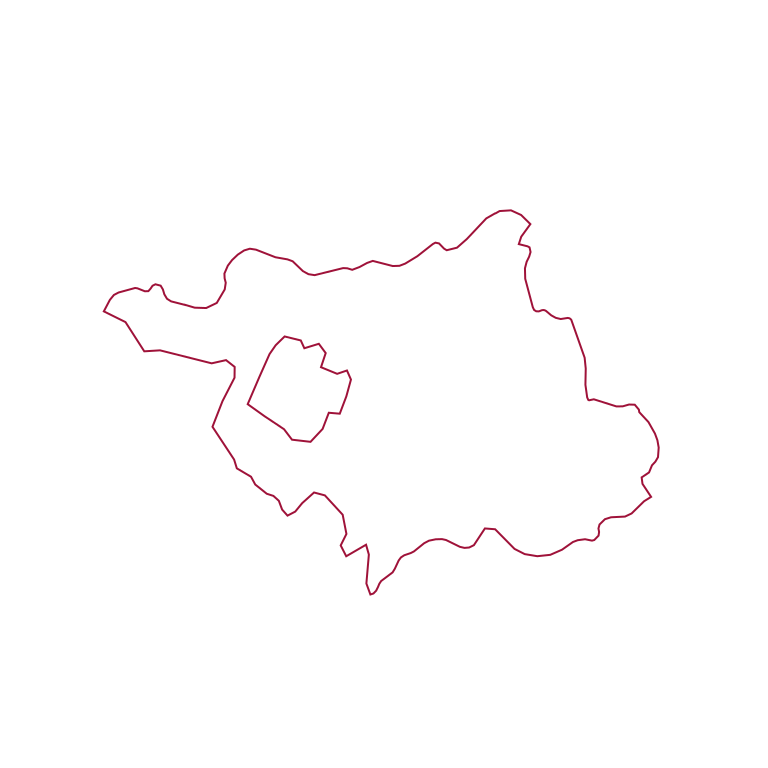 the County of Szabolcs-Szatmár-Bereg, rotated 18°
{"feature_id": "HUN-3169", "entity_name": "Szabolcs-Szatmár-Bereg", "entity_type": "County", "adm_level": 1, "iso_a3": "HUN", "parent_name": "Hungary", "parent_adm1": "", "projection": "albers", "projection_center": [22.06, 48.0], "detail": "fine", "context": "isolated", "style": "outline", "palette": "rose", "viewbox_px": 768, "rotation_deg": 18, "n_neighbors": 0, "source": "natural_earth", "source_scale": "10m", "svg_char_len": 2623}
<svg xmlns="http://www.w3.org/2000/svg" viewBox="0 0 768 768"><g transform="rotate(18 384 384)"><path d="M672.9,408.8L667.6,415.1L659.5,430.6L654.2,435.6L641.1,440.6L635.9,444.3L632.4,451.0L632.6,455.1L634.3,458.3L634.9,461.9L632.2,467.4L630.2,468.7L623.2,469.5L616.5,472.7L612.5,475.9L604.5,486.6L594.9,495.1L583.0,500.4L570.4,502.3L559.1,500.5L534.6,487.8L524.6,490.2L519.3,509.5L515.5,513.2L511.2,515.0L506.5,515.4L491.2,513.2L487.1,513.6L481.2,515.7L475.2,519.1L471.4,523.0L464.2,534.0L461.7,536.5L456.2,540.6L453.7,543.7L452.5,547.3L451.4,556.3L450.4,560.5L442.2,572.2L441.3,575.4L441.0,579.1L440.5,582.2L440.5,582.8L438.7,586.5L436.1,588.4L428.9,579.2L422.3,550.9L416.6,542.4L401.3,559.5L392.7,550.9L394.6,538.2L385.1,521.1L362.2,508.2L351.0,508.8L343.0,522.6L339.0,532.8L332.9,539.0L325.9,534.9L320.1,527.6L313.4,524.6L306.4,524.6L292.6,519.4L286.2,513.3L270.1,509.7L264.8,502.2L234.1,477.7L235.7,450.2L239.9,424.2L236.7,413.9L226.4,410.1L213.7,417.6L160.6,421.2L145.9,427.0L119.0,405.0L95.1,401.5L97.3,388.7L99.6,382.8L103.3,379.0L117.6,369.6L119.9,369.2L127.9,369.7L131.2,368.5L132.5,365.5L133.5,362.1L135.8,359.8L141.2,359.5L144.5,362.4L147.4,366.6L151.3,370.0L156.0,371.2L171.6,370.2L169.2,370.2L180.4,369.9L191.4,366.7L199.9,358.6L203.3,343.3L202.2,336.6L199.8,332.8L198.1,328.3L198.9,319.7L201.2,313.1L205.0,306.1L209.7,300.2L214.6,296.8L220.7,295.8L241.6,297.0L253.7,295.3L259.2,295.5L272.0,301.7L278.2,302.9L284.4,301.9L309.3,286.4L313.3,285.3L318.5,285.2L324.6,280.3L330.5,274.1L335.3,270.4L355.9,269.1L362.2,266.8L367.0,262.9L376.2,252.2L387.2,235.8L389.2,233.7L392.9,233.3L399.3,236.7L402.3,237.4L411.3,231.8L418.0,220.5L430.1,194.9L436.9,187.4L437.3,187.3L440.5,183.8L451.1,179.6L462.2,180.9L473.8,186.7L469.0,201.5L469.0,209.3L478.0,208.7L480.2,209.1L482.6,213.2L482.7,218.0L481.9,223.7L482.3,230.4L485.8,240.3L501.8,265.0L503.9,267.2L506.3,267.8L508.8,267.1L511.4,265.0L512.7,264.4L514.0,264.2L515.4,264.4L521.8,267.0L526.9,268.0L532.0,267.6L538.3,264.4L539.7,264.2L541.0,264.4L542.3,265.1L566.7,297.0L571.1,307.0L575.8,322.5L581.4,334.0L583.2,336.0L584.1,336.1L588.3,333.7L611.9,333.5L617.9,331.5L623.4,327.8L628.9,326.2L634.3,329.6L635.5,331.9L647.3,338.5L657.0,347.4L661.4,353.0L664.9,359.6L667.2,368.9L666.1,374.0L664.0,378.5L663.4,386.2L657.9,393.2L660.7,399.1L672.9,408.8ZM336.3,388.8L318.9,387.5L319.0,372.6L309.6,365.9L297.2,374.6L291.4,368.3L274.8,369.5L269.0,380.6L265.9,390.9L263.3,415.7L260.6,445.3L280.5,451.6L302.9,457.9L313.7,465.4L332.0,461.7L339.5,445.7L340.4,428.4L351.1,425.9L352.0,407.4L351.2,390.0L344.6,382.6L336.3,388.8Z" fill="none" stroke="#9f1239" stroke-width="2"/></g></svg>